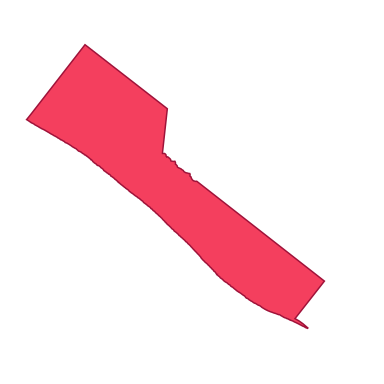 Monte Hermoso, Buenos Aires, Argentina (Albers equal-area conic projection), rotated 38°
{"feature_id": "61730980B48665369642836", "entity_name": "Monte Hermoso", "entity_type": "district", "adm_level": 2, "iso_a3": "ARG", "parent_name": "Argentina", "parent_adm1": "Buenos Aires", "projection": "albers", "projection_center": [-61.254, -38.957], "detail": "fine", "context": "isolated", "style": "filled", "palette": "rose", "viewbox_px": 384, "rotation_deg": 38, "n_neighbors": 0, "source": "geoboundaries", "source_scale": "gbopen_adm2", "svg_char_len": 5956}
<svg xmlns="http://www.w3.org/2000/svg" viewBox="0 0 384 384"><g transform="rotate(38 192 192)"><path d="M17.0,141.8L17.2,228.9L17.1,236.8L17.7,236.7L18.0,236.6L18.8,236.6L19.4,236.5L20.7,236.5L20.9,236.4L22.5,236.4L22.7,236.2L23.1,236.3L23.9,236.1L24.3,235.9L24.9,235.9L26.0,235.7L26.8,235.8L27.4,235.7L28.6,235.4L29.0,235.4L29.8,235.3L30.3,235.1L31.5,235.1L31.9,234.9L32.4,235.0L32.6,234.9L33.6,234.7L34.0,234.8L36.3,234.2L36.6,234.2L37.1,234.0L38.2,233.9L38.4,233.8L39.0,233.8L41.0,233.5L41.5,233.5L42.2,233.3L43.8,233.2L44.2,233.1L45.0,233.1L45.6,232.9L46.4,232.8L47.0,232.7L49.0,232.5L49.6,232.3L49.9,232.2L51.0,232.1L52.0,231.9L52.9,232.0L53.8,231.7L54.4,231.7L55.5,231.6L56.3,231.7L56.6,231.4L56.8,231.4L57.8,231.2L58.2,231.2L58.4,231.1L59.6,231.0L60.1,230.8L60.9,230.9L61.5,231.1L62.2,230.9L62.6,230.7L63.2,230.6L63.7,230.4L63.9,230.3L64.5,230.4L65.0,230.2L65.7,230.2L66.3,230.1L67.0,230.1L67.4,230.0L68.1,230.0L68.4,229.9L69.6,230.0L70.1,229.9L70.4,229.8L71.0,229.9L71.8,229.6L72.6,229.6L73.8,229.3L74.4,229.3L75.1,229.4L75.8,229.4L77.3,229.6L78.3,229.3L79.2,229.0L79.9,229.0L80.2,228.8L81.2,228.9L81.9,229.0L82.9,228.7L83.8,228.7L84.4,228.9L84.7,228.8L85.1,228.5L86.0,228.5L86.2,228.4L86.6,228.6L86.8,228.6L87.1,228.4L87.7,228.5L88.3,228.4L88.6,228.5L90.9,228.5L92.3,228.7L92.6,228.5L92.8,228.7L93.0,228.5L94.6,228.8L95.3,229.1L96.1,229.0L97.0,229.2L97.9,229.1L98.9,229.0L99.7,229.0L100.5,229.3L100.8,229.2L101.4,229.2L102.1,228.7L103.8,228.6L104.4,228.7L105.0,228.9L106.3,228.8L107.6,228.8L108.8,229.1L109.1,229.3L109.3,229.2L109.7,229.3L109.9,229.4L110.6,229.2L111.1,229.3L111.8,229.2L113.2,229.3L113.6,229.1L114.6,229.1L115.2,229.3L115.5,229.0L116.1,228.9L117.4,229.0L118.1,229.4L119.2,229.2L120.4,229.2L120.6,229.1L121.6,229.2L121.9,229.1L122.8,229.2L123.2,229.4L123.6,229.3L124.0,229.3L124.3,229.2L125.3,229.4L125.7,229.3L126.1,229.4L127.5,229.5L127.9,229.8L128.0,229.8L128.2,229.6L128.3,229.5L128.9,229.7L129.9,229.6L130.8,229.8L131.1,229.7L131.4,229.7L131.8,229.8L132.8,229.7L133.4,229.8L133.7,229.7L134.2,229.8L134.8,229.7L135.8,229.9L136.7,229.7L137.7,229.9L138.3,229.7L139.1,229.8L139.7,229.6L140.1,229.7L141.2,229.7L142.3,230.1L143.3,229.9L144.3,230.0L145.2,230.0L145.7,229.8L146.6,229.8L147.1,229.9L148.0,229.9L148.3,229.8L149.4,229.9L150.1,229.8L150.4,229.8L151.2,229.7L151.7,229.7L151.9,229.6L152.4,229.7L153.1,229.8L153.9,229.6L155.0,229.5L155.6,229.7L156.0,229.6L156.5,229.7L158.1,229.7L158.5,229.5L159.4,229.7L160.3,230.1L160.7,230.0L161.9,230.0L162.4,229.9L162.9,230.0L163.1,229.9L164.3,229.9L165.3,230.1L167.7,229.9L168.9,229.9L169.7,230.3L170.4,230.3L170.6,230.1L171.3,230.1L172.7,230.5L173.5,230.5L174.2,230.3L175.2,230.5L175.6,230.6L176.4,230.7L176.7,230.8L177.3,230.7L177.9,230.8L178.1,230.7L178.6,230.7L180.0,231.0L180.7,231.0L181.2,231.1L181.5,231.0L182.0,231.0L183.1,231.2L184.7,231.3L185.2,231.5L186.3,231.7L187.4,231.8L188.5,231.9L189.2,232.2L190.1,232.1L190.4,232.3L190.9,232.3L191.0,232.4L191.5,232.4L192.5,232.7L193.1,232.7L193.3,232.6L194.0,232.6L195.4,232.8L196.9,232.9L198.6,233.3L199.2,233.3L200.0,233.2L200.8,233.2L201.9,233.7L204.3,233.6L207.1,233.8L207.6,233.9L208.1,234.1L208.8,234.2L209.3,234.1L210.2,234.1L211.0,234.3L212.2,234.3L213.3,234.3L214.2,234.5L215.8,234.5L217.6,234.9L218.2,234.9L218.7,234.7L220.7,235.2L222.0,235.2L222.7,235.3L223.8,235.4L224.9,235.7L226.0,235.8L227.9,236.2L228.9,236.3L229.6,236.4L229.9,236.6L230.8,236.6L231.7,236.8L232.6,236.8L234.2,237.2L236.0,237.3L237.0,237.6L238.0,237.7L239.2,238.0L239.4,238.2L240.0,238.4L242.8,238.9L244.3,239.0L245.1,239.2L248.1,239.3L249.0,239.4L249.6,239.6L250.8,239.6L252.7,240.0L253.7,240.0L254.3,240.1L254.5,240.3L255.2,240.3L257.2,240.5L258.0,240.9L259.6,240.8L260.3,241.0L260.9,241.3L261.9,241.5L262.3,241.8L262.4,241.7L262.4,241.8L262.8,241.8L263.6,241.8L264.4,241.9L264.8,241.9L265.4,241.8L266.0,241.8L266.6,242.1L267.4,242.2L267.7,242.2L268.0,242.1L269.2,242.1L270.1,242.0L270.9,242.3L272.7,242.4L274.6,242.2L274.8,242.1L276.1,242.0L276.4,242.1L277.8,242.2L279.0,241.9L280.5,242.3L281.9,242.2L282.6,242.0L285.2,242.2L286.8,242.1L287.4,242.3L287.9,242.3L288.3,242.2L290.6,242.1L290.8,241.9L292.1,241.9L292.6,241.8L295.4,241.8L295.6,241.7L296.1,241.8L296.7,241.7L297.1,241.5L297.6,241.6L298.0,241.7L298.6,241.8L299.2,242.1L300.1,242.1L300.6,242.0L301.2,241.7L302.6,241.7L303.3,241.8L304.5,241.6L305.6,241.6L306.5,241.3L308.7,241.3L309.8,241.1L310.0,240.9L310.7,240.7L313.8,240.4L314.4,240.2L315.0,239.9L316.3,239.8L317.9,239.8L318.0,239.9L318.5,239.8L319.8,239.7L320.3,239.6L321.6,239.5L322.4,239.2L323.0,239.3L324.2,238.9L325.2,238.8L325.6,238.6L327.5,238.1L328.8,237.6L331.1,236.9L332.5,236.3L335.2,235.5L335.8,235.3L335.9,235.2L336.6,234.7L337.9,234.7L339.0,234.5L340.1,234.4L340.4,234.3L341.5,234.2L342.7,233.9L343.5,233.5L344.6,233.4L345.0,233.1L345.4,233.1L346.1,232.8L346.4,232.8L346.6,232.8L346.9,232.7L347.4,232.7L347.6,232.5L347.8,232.6L348.4,232.4L348.7,232.4L349.0,232.2L351.3,231.5L352.5,231.4L353.2,231.2L353.7,231.1L353.9,231.0L355.5,230.7L356.0,230.5L356.4,230.5L356.5,230.4L356.8,230.4L357.6,230.3L357.9,230.1L358.8,230.1L359.8,229.8L361.4,229.6L362.0,229.4L362.4,229.4L362.9,229.1L363.8,229.0L364.5,229.0L365.0,228.9L365.2,228.7L365.5,228.8L366.0,228.5L366.5,228.5L367.0,228.3L367.0,227.8L360.5,227.5L355.6,227.7L351.1,228.4L351.2,180.7L189.1,180.6L188.5,181.3L187.4,181.8L186.1,182.3L184.4,182.1L182.7,181.3L181.9,180.7L180.6,180.7L179.5,179.1L178.8,178.8L178.0,179.5L177.3,179.6L175.5,180.5L174.9,180.7L173.0,180.9L171.9,180.4L170.1,180.6L169.5,180.5L168.7,180.6L167.6,180.9L167.1,181.0L166.5,181.2L165.7,181.3L165.1,181.3L164.2,180.5L163.7,180.4L162.9,180.2L161.9,180.3L161.1,179.2L159.7,178.3L159.1,178.7L158.5,179.4L158.1,179.6L157.6,179.8L157.0,180.2L156.5,180.5L155.9,180.3L155.2,179.6L154.6,179.4L154.0,179.3L151.7,179.2L150.8,179.5L150.6,180.0L149.7,179.8L148.8,178.9L148.3,178.6L147.5,178.5L146.7,178.5L145.0,179.8L144.6,179.3L121.3,141.6L17.0,141.8Z" fill="#f43f5e" stroke="#9f1239" stroke-width="1.5"/></g></svg>